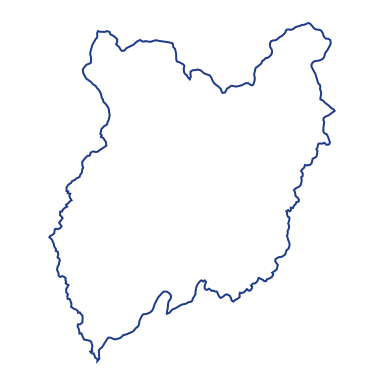 Guarda-Mor, Minas Gerais, Brazil (Albers equal-area conic projection)
{"feature_id": "56859067B60921450270915", "entity_name": "Guarda-Mor", "entity_type": "district", "adm_level": 2, "iso_a3": "BRA", "parent_name": "Brazil", "parent_adm1": "Minas Gerais", "projection": "albers", "projection_center": [-47.118, -17.753], "detail": "fine", "context": "isolated", "style": "outline", "palette": "blue", "viewbox_px": 384, "rotation_deg": 0, "n_neighbors": 0, "source": "geoboundaries", "source_scale": "gbopen_adm2", "svg_char_len": 5816}
<svg xmlns="http://www.w3.org/2000/svg" viewBox="0 0 384 384"><path d="M166.9,313.7L169.4,312.8L172.3,309.5L175.2,308.4L180.1,305.5L182.1,304.5L184.8,304.0L186.6,303.4L188.4,302.2L190.6,301.9L192.0,301.0L193.4,297.5L195.5,294.3L195.5,291.7L196.2,287.5L197.0,285.5L198.4,283.1L199.8,281.5L201.5,280.3L203.0,281.5L204.7,280.4L206.1,282.0L204.9,285.0L204.5,287.2L205.3,289.4L207.1,289.9L208.9,288.7L210.4,289.7L211.8,290.9L213.3,290.6L214.9,291.4L216.8,291.6L219.0,296.2L220.4,297.9L222.4,297.1L225.9,294.4L228.2,294.8L230.1,296.2L231.3,298.8L231.6,300.5L233.3,301.6L234.5,300.5L238.5,298.1L239.7,296.9L239.5,294.9L239.9,292.7L242.1,293.0L244.1,292.2L246.9,289.1L248.5,290.6L250.1,290.6L251.7,288.9L252.2,286.8L251.0,285.6L252.8,283.7L255.5,283.2L257.5,280.9L258.7,277.9L262.8,279.8L264.3,281.2L266.2,281.0L266.9,279.3L269.4,278.4L272.0,276.9L273.3,274.2L272.1,272.7L276.7,269.6L277.8,264.9L275.3,261.4L275.4,259.2L278.8,257.1L280.6,257.1L282.2,256.6L285.2,254.5L286.5,250.4L288.4,248.8L289.5,245.8L289.5,243.4L288.0,239.4L287.0,235.6L287.7,233.9L287.6,231.2L288.8,228.5L289.1,225.7L288.2,223.6L289.4,219.5L289.4,217.5L287.7,216.5L287.1,214.5L287.1,212.7L286.3,211.2L288.1,210.1L289.8,211.4L290.9,210.0L290.8,207.7L293.0,208.0L294.0,205.7L295.9,203.6L296.4,202.0L298.5,201.7L299.0,199.9L297.8,197.8L295.6,196.1L295.0,192.3L294.0,189.9L295.7,188.4L299.6,186.3L300.9,184.4L301.5,181.8L301.7,179.3L301.1,177.3L302.7,176.0L302.7,173.3L301.1,171.0L302.0,169.5L303.4,168.4L304.4,167.1L304.8,165.1L307.7,165.4L310.2,164.7L311.6,163.2L312.1,161.5L312.6,158.8L316.3,156.8L316.9,155.0L317.5,151.0L316.4,149.1L317.5,147.4L317.8,145.3L318.6,143.6L320.4,143.5L322.0,143.7L324.3,142.8L326.5,144.8L329.1,144.4L330.0,142.5L327.8,136.3L326.6,134.2L324.4,133.3L323.2,130.8L323.7,125.1L324.2,122.2L323.3,119.9L323.9,117.8L326.0,116.4L328.7,115.2L334.6,110.9L333.6,109.4L331.6,108.3L329.5,106.2L325.3,103.0L322.9,100.5L320.4,99.4L320.6,96.7L321.2,94.2L320.9,91.6L320.0,89.1L320.3,86.9L319.9,84.9L318.6,83.8L317.6,81.7L317.0,79.2L315.2,73.4L314.2,71.9L311.6,66.8L311.5,64.8L312.4,62.9L314.0,61.4L319.5,60.4L322.5,59.1L324.1,57.2L325.2,53.1L327.5,49.9L329.5,46.3L330.7,43.6L330.4,40.2L328.5,38.9L325.7,38.5L324.2,37.0L323.4,35.4L322.7,33.1L321.6,31.1L319.9,29.9L317.3,29.7L315.3,29.2L313.9,28.2L312.8,26.7L310.2,23.8L308.6,23.0L306.8,23.6L305.3,24.4L303.7,24.8L301.7,25.0L299.6,26.0L296.3,26.8L294.6,27.8L293.0,29.2L290.7,29.9L288.9,29.4L286.6,29.7L285.7,31.1L285.1,32.9L282.0,35.9L279.8,37.0L276.9,39.5L275.3,40.3L273.5,40.4L271.3,41.0L270.1,43.0L269.9,45.0L270.3,47.4L271.4,48.8L272.0,50.5L271.9,53.2L271.0,55.0L269.4,56.6L267.7,57.8L265.8,58.0L264.1,59.8L262.3,61.0L261.3,63.5L257.8,66.4L255.7,67.8L254.3,73.4L254.2,75.3L254.8,77.8L254.6,80.3L253.9,83.0L253.0,84.9L251.4,85.4L248.2,83.2L246.0,83.1L241.8,85.2L237.0,86.5L234.9,86.4L233.0,85.9L231.1,85.8L229.2,87.4L227.1,88.5L224.9,92.6L222.5,92.9L221.4,91.0L221.0,89.2L218.3,86.4L215.1,84.2L213.0,81.6L211.1,77.2L209.6,75.3L205.3,73.9L203.6,72.9L200.6,70.3L197.4,69.5L195.6,70.1L192.5,70.3L190.5,71.7L190.5,74.7L190.8,76.9L189.7,79.3L187.5,76.8L186.8,75.3L185.1,74.0L184.1,72.3L183.7,68.8L184.4,66.1L183.5,64.5L179.5,62.3L176.8,61.4L176.2,59.4L176.1,53.7L175.5,50.9L174.9,48.7L173.4,47.2L172.6,43.4L168.9,42.3L160.4,41.1L155.6,40.2L150.6,41.8L148.2,41.6L145.6,41.1L143.6,41.6L141.7,41.2L140.3,39.9L137.0,41.5L133.6,44.6L126.2,48.3L125.3,49.6L123.9,50.8L121.9,50.9L120.7,49.8L119.4,47.4L116.1,44.1L117.1,42.0L117.2,39.4L115.3,37.4L113.4,35.9L112.0,35.1L110.3,34.4L109.7,32.0L106.9,31.1L105.0,31.9L100.1,31.8L98.0,31.1L97.1,33.1L97.3,35.6L97.1,37.6L95.8,38.9L92.3,45.0L90.3,52.3L90.3,55.2L90.9,56.8L91.1,58.6L90.9,62.7L89.1,63.8L87.5,64.3L85.9,65.2L82.8,69.3L83.1,72.6L86.1,78.5L90.8,81.8L93.1,84.3L95.8,86.1L96.8,87.8L98.7,89.7L100.8,93.6L101.8,97.8L103.0,99.6L103.2,101.5L105.5,103.8L108.0,107.1L108.8,109.1L109.0,111.6L109.7,115.1L108.7,120.0L107.8,121.5L106.9,124.6L104.2,126.1L101.4,129.1L100.4,134.1L101.7,135.2L100.9,136.9L103.1,137.8L105.9,142.0L106.4,145.6L102.1,148.6L99.7,150.0L97.8,151.6L95.7,152.1L94.2,151.5L92.2,151.7L90.5,152.8L89.8,155.6L87.3,156.0L85.1,158.1L82.2,161.9L82.3,165.3L83.2,167.8L82.3,169.3L81.7,173.0L80.4,174.5L79.5,177.0L76.4,178.4L74.9,179.9L72.1,181.1L71.1,182.9L69.5,183.9L67.8,185.4L66.6,187.4L66.5,191.2L68.2,191.4L67.8,193.1L70.2,193.7L69.4,195.5L69.9,197.7L71.6,200.3L69.8,201.4L68.1,203.3L66.0,204.9L67.2,206.6L64.7,207.9L62.7,209.8L62.1,211.5L60.2,211.6L60.0,215.2L61.4,216.5L62.6,218.2L59.1,222.7L61.6,226.3L60.1,228.2L58.0,229.1L56.3,228.7L54.8,229.3L54.2,233.3L52.3,234.9L50.4,235.9L49.4,237.3L51.8,239.4L53.9,244.2L54.2,246.4L56.0,249.1L55.8,250.9L57.7,251.7L58.3,254.7L57.5,257.3L59.2,258.7L59.9,260.5L59.1,262.4L59.0,264.5L57.6,266.7L57.0,269.8L58.4,272.7L58.7,275.7L60.4,277.0L62.1,276.1L64.0,276.7L65.7,278.2L65.4,280.1L66.1,281.6L65.6,283.2L66.9,284.3L68.5,285.1L66.1,289.2L66.3,292.4L68.0,294.5L67.3,296.2L67.7,298.9L69.8,299.1L70.7,301.7L71.5,304.1L71.1,306.8L73.7,308.7L76.4,309.8L77.7,311.0L78.1,312.8L79.8,312.4L81.0,314.2L82.4,315.3L82.6,318.2L82.3,322.6L80.1,324.3L77.9,324.4L77.6,326.4L78.7,328.8L79.3,331.1L79.4,333.6L81.3,333.4L84.0,339.5L89.6,340.7L91.1,341.6L92.5,346.1L91.8,348.5L92.3,350.8L90.3,351.6L91.7,353.3L93.6,353.3L95.4,357.8L97.6,359.2L97.4,361.0L99.2,359.0L98.9,350.2L100.1,348.7L102.0,347.3L107.0,339.3L108.6,337.5L111.0,337.8L114.2,339.3L116.2,339.2L120.2,338.0L121.9,336.7L122.9,335.3L126.8,334.2L131.9,332.0L133.6,330.9L135.9,328.1L138.1,326.4L139.1,323.5L139.6,320.5L142.0,315.6L143.1,314.3L145.3,314.1L147.6,313.6L150.3,312.3L151.9,310.9L153.0,309.1L154.8,303.8L157.1,299.4L158.5,297.0L161.1,294.1L162.5,292.6L164.1,291.5L166.8,291.6L168.7,292.9L170.3,294.4L171.1,296.1L170.9,298.1L169.9,299.8L168.7,301.3L168.1,303.7L167.7,308.6L167.1,311.1L166.9,313.7Z" fill="none" stroke="#1e3a8a" stroke-width="2"/></svg>